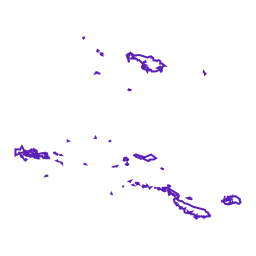 Samarai-Murua District, Milne Bay, Papua New Guinea (Mercator projection)
{"feature_id": "67681753B57356093785831", "entity_name": "Samarai-Murua District", "entity_type": "district", "adm_level": 2, "iso_a3": "PNG", "parent_name": "Papua New Guinea", "parent_adm1": "Milne Bay", "projection": "mercator", "projection_center": [152.452, -10.176], "detail": "fine", "context": "isolated", "style": "outline", "palette": "violet", "viewbox_px": 256, "rotation_deg": 0, "n_neighbors": 0, "source": "geoboundaries", "source_scale": "gbopen_adm2", "svg_char_len": 5877}
<svg xmlns="http://www.w3.org/2000/svg" viewBox="0 0 256 256"><path d="M139.4,55.0L134.1,55.5L131.2,58.5L134.9,58.7L134.9,58.1L136.8,59.0L137.7,60.5L139.1,60.1L142.2,63.0L145.3,61.3L145.5,62.2L144.2,62.3L143.1,64.4L145.7,65.2L145.0,65.5L145.8,65.6L145.7,66.8L143.4,68.2L142.3,67.2L143.1,66.0L142.1,66.1L141.8,67.1L143.0,68.8L146.3,69.8L147.4,71.8L148.3,69.6L146.9,68.8L147.6,67.9L147.2,66.6L148.6,69.5L149.7,69.8L150.1,68.7L150.2,70.4L151.4,70.2L151.8,71.5L155.8,71.4L159.6,69.7L161.1,71.7L161.9,70.8L161.4,69.8L159.6,68.2L157.7,67.9L160.2,66.6L162.1,68.2L163.1,65.7L164.8,65.8L161.9,63.4L160.2,63.7L160.3,61.2L158.4,60.1L156.8,61.2L155.7,60.4L153.5,60.4L153.2,57.9L151.4,57.6L151.7,56.7L150.9,56.3L147.4,57.5L139.4,55.0ZM179.2,200.7L175.1,198.2L173.9,199.5L174.6,202.4L176.3,202.8L175.7,203.7L176.8,205.3L177.9,204.5L179.3,206.6L181.4,207.3L179.4,209.1L181.8,208.1L183.4,209.0L185.0,208.5L184.3,210.2L184.8,212.5L188.6,213.2L188.1,211.6L189.8,213.0L190.4,212.0L191.6,211.8L190.8,212.6L191.7,213.8L190.5,214.3L193.7,214.2L195.4,216.1L196.8,215.1L196.8,217.1L195.0,217.3L196.5,218.5L199.0,216.1L199.6,216.7L201.6,216.2L203.6,217.6L203.8,216.4L205.4,217.1L206.3,216.3L209.8,216.4L210.0,215.4L208.1,213.7L208.2,212.7L206.0,211.7L205.0,209.8L193.3,206.8L187.4,203.8L184.4,203.2L182.3,201.3L179.2,200.7ZM235.7,196.2L232.5,196.6L231.3,198.4L231.8,196.6L231.0,197.2L230.5,196.4L229.0,197.1L227.0,196.5L228.6,197.8L227.4,198.3L230.9,199.7L228.2,200.5L226.4,200.0L226.1,200.7L224.3,199.2L224.1,200.5L222.2,200.6L221.9,201.4L224.3,202.2L225.1,203.8L227.7,204.2L229.0,203.3L228.7,204.3L229.9,204.0L230.3,202.1L231.3,203.7L232.3,203.3L232.6,202.0L233.8,203.1L235.5,202.3L238.7,203.9L240.6,202.4L239.7,200.6L239.9,199.3L235.7,196.2ZM151.0,154.6L144.7,157.3L136.0,154.5L134.3,155.3L136.3,157.0L139.8,157.9L140.7,158.8L142.1,158.2L148.1,161.0L149.3,160.8L149.4,159.7L154.0,159.4L156.0,158.2L151.0,154.6ZM15.4,155.4L18.9,153.7L19.2,152.6L22.4,152.8L24.5,151.3L21.9,146.3L20.2,149.5L15.5,149.3L15.4,155.4ZM44.6,152.8L38.1,154.0L36.9,155.3L37.1,157.0L38.3,157.0L38.8,155.7L41.1,156.5L42.2,155.8L43.5,158.1L45.9,158.2L45.4,157.6L47.0,156.8L45.1,156.2L46.1,154.7L47.3,154.8L47.1,153.4L46.1,153.2L45.5,154.4L45.4,153.5L44.6,153.9L44.6,152.8ZM36.9,151.1L34.5,149.5L34.9,151.5L33.7,150.6L33.9,151.4L33.6,151.7L33.2,150.4L31.7,150.5L31.3,149.6L30.3,150.2L31.6,152.7L33.0,153.6L32.6,154.1L34.6,154.7L34.9,156.5L31.1,155.5L29.3,154.1L28.6,154.0L28.5,155.1L29.9,155.2L30.5,156.9L31.8,156.2L36.5,157.2L35.8,152.0L36.7,152.0L36.9,151.1ZM170.5,189.5L168.8,189.3L168.0,190.2L169.4,191.0L169.1,192.4L169.5,192.8L169.6,191.9L170.4,192.0L171.6,193.6L173.5,193.8L174.5,195.1L173.4,195.2L174.7,196.2L178.0,194.2L170.5,189.5ZM130.5,52.7L126.7,55.2L128.8,61.2L128.6,54.3L129.4,54.7L129.5,53.9L131.1,53.9L132.5,55.5L133.9,55.5L130.5,52.7ZM126.3,157.7L124.4,157.8L123.7,160.3L124.4,160.7L126.0,159.8L127.8,161.3L127.4,160.4L128.1,159.3L126.3,157.7ZM166.1,187.7L162.8,187.8L163.0,189.0L161.5,189.7L163.2,190.8L163.8,190.1L164.6,191.3L165.5,190.9L164.8,190.0L166.1,187.7ZM25.2,152.9L24.9,152.1L24.0,154.4L25.2,154.3L25.2,155.1L26.6,155.8L28.3,155.8L28.3,155.2L26.8,154.8L28.1,154.1L27.7,153.7L25.9,154.2L26.1,152.5L25.2,152.9ZM189.8,197.5L187.5,198.0L188.6,198.7L192.2,199.4L189.8,197.5ZM102.5,55.3L102.5,53.5L100.7,53.4L100.8,54.5L102.5,55.3ZM168.5,187.4L166.5,187.6L166.5,188.5L168.8,188.4L168.5,187.4ZM20.5,154.8L21.0,156.4L23.0,157.8L22.2,155.8L20.5,154.8ZM138.4,182.9L136.1,182.8L137.0,184.4L138.0,183.7L138.9,184.2L138.4,182.9ZM128.2,164.3L127.1,163.1L125.9,164.4L127.3,165.1L128.2,164.3ZM144.8,186.3L144.0,185.8L143.5,187.0L145.8,186.7L145.7,185.9L144.8,186.3ZM97.2,72.2L95.9,72.5L95.4,73.4L97.5,72.8L98.6,73.5L100.4,73.6L98.8,73.5L97.2,72.2ZM97.9,51.6L98.6,50.8L97.6,50.1L97.2,51.1L97.9,51.6ZM131.5,90.2L128.7,89.4L128.1,90.6L129.0,89.9L131.5,90.2ZM169.6,185.7L167.3,185.0L170.8,186.8L169.6,185.7ZM26.5,159.6L26.0,159.1L24.7,159.9L25.5,160.5L26.5,159.6ZM178.8,196.2L178.0,196.2L178.3,197.1L177.4,197.6L178.1,198.0L178.8,196.2ZM158.8,188.1L157.5,188.2L158.6,189.6L159.1,189.2L158.8,188.1ZM58.3,154.9L56.5,153.6L56.1,153.7L58.3,154.9ZM38.8,158.4L38.5,157.4L37.9,157.4L38.0,158.4L38.8,158.4ZM29.3,151.9L28.4,151.1L27.8,151.5L28.4,152.1L29.3,151.9ZM48.5,157.1L47.6,157.3L47.5,157.7L48.9,158.1L48.5,157.1ZM163.1,169.0L160.6,168.0L163.6,169.5L163.1,169.0ZM110.3,141.0L108.6,141.5L110.3,141.1L110.3,141.0ZM146.8,186.3L147.7,186.3L147.0,185.3L146.8,186.3ZM55.4,153.6L54.8,152.5L54.1,152.8L54.2,153.0L55.4,153.6ZM83.5,38.4L84.1,37.9L83.9,37.5L83.2,37.9L83.5,38.4ZM61.1,154.9L59.3,155.0L61.3,155.1L61.1,154.9ZM124.1,186.7L122.2,186.0L124.1,186.7ZM48.2,175.6L46.0,175.7L45.7,176.1L48.2,175.6ZM205.4,73.7L204.6,73.1L204.9,74.3L205.4,73.7ZM149.7,188.2L150.5,187.4L149.4,187.6L149.7,188.2ZM169.7,194.4L168.8,193.4L169.1,194.8L169.7,194.4ZM36.9,158.3L36.1,157.5L35.5,157.8L36.9,158.3ZM130.1,181.8L130.7,180.9L129.3,181.4L130.1,181.8ZM25.7,151.4L26.5,151.3L26.0,150.9L25.7,151.4ZM155.5,188.5L155.4,187.8L155.7,187.2L155.0,187.8L155.5,188.5ZM57.5,161.0L57.3,160.5L56.8,160.7L57.5,161.0ZM160.2,188.9L159.6,188.5L159.1,189.0L159.3,189.2L160.2,188.9ZM95.8,137.9L95.5,137.2L95.1,137.9L95.8,137.9ZM67.7,141.2L68.3,141.0L67.7,140.7L67.7,141.2ZM85.0,163.9L83.6,163.9L85.3,164.2L85.0,163.9ZM143.0,186.8L143.1,186.1L142.9,185.8L142.5,186.4L143.0,186.8ZM62.0,163.4L61.9,162.8L61.2,162.6L62.0,163.4ZM204.6,72.7L204.1,72.2L203.7,71.6L203.6,72.0L204.6,72.7ZM225.5,196.9L224.6,196.8L224.1,196.9L225.5,196.9ZM37.0,152.8L37.3,152.2L36.5,152.8L37.0,152.8ZM26.5,153.1L27.0,153.1L26.7,152.6L26.5,153.1ZM135.6,183.5L135.2,183.1L135.6,183.5ZM128.6,61.9L128.8,62.4L128.8,61.6L128.6,61.9ZM133.6,185.1L133.2,184.7L132.8,184.9L133.0,185.0L133.6,185.1ZM116.4,166.6L116.8,166.1L115.9,166.3L116.4,166.6ZM114.5,167.1L113.8,166.7L113.6,166.8L114.5,167.1ZM111.2,193.8L111.6,193.9L111.4,193.4L111.2,193.8Z" fill="none" stroke="#5b21b6" stroke-width="2"/></svg>